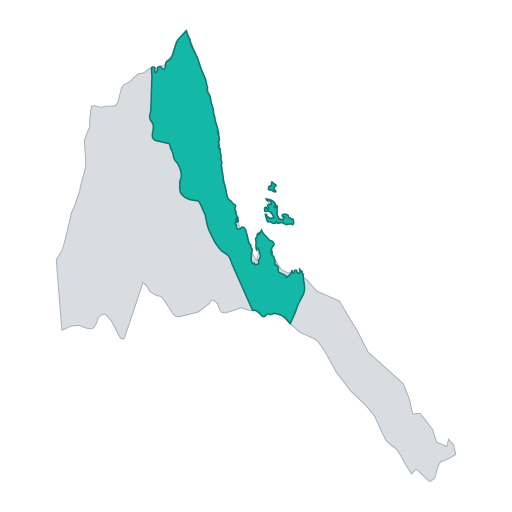 Semenawi Keyih Bahri on a map of Eritrea (Equal Earth projection)
{"feature_id": "ERI-1562", "entity_name": "Semenawi Keyih Bahri", "entity_type": "Region", "adm_level": 1, "iso_a3": "ERI", "parent_name": "Eritrea", "parent_adm1": "", "projection": "equal_earth", "projection_center": [39.644, 16.17], "detail": "fine", "context": "in_parent", "style": "filled", "palette": "teal", "viewbox_px": 512, "rotation_deg": 0, "n_neighbors": 0, "source": "natural_earth", "source_scale": "10m", "svg_char_len": 8395}
<svg xmlns="http://www.w3.org/2000/svg" viewBox="0 0 512 512"><path d="M61.8,330.1L60.0,307.0L58.8,291.6L57.5,275.3L56.3,259.9L62.0,250.5L64.7,241.5L71.6,212.4L74.3,206.6L79.7,191.0L80.4,186.5L85.7,166.8L85.3,153.8L84.3,140.6L87.2,132.8L89.8,126.6L89.6,121.3L90.9,109.1L91.7,106.0L94.8,105.8L101.2,107.4L105.9,106.2L111.3,106.1L115.5,105.8L118.0,102.0L121.5,87.7L123.7,84.9L125.4,84.0L130.2,81.4L134.3,77.2L137.6,74.2L138.9,73.6L142.4,73.2L146.0,71.5L147.6,69.5L152.0,67.9L156.4,68.8L159.3,67.0L161.3,65.9L163.5,65.8L165.6,64.1L166.4,61.6L167.7,60.0L171.1,56.3L172.7,53.6L173.4,50.9L174.1,48.7L175.6,45.1L181.6,36.0L186.7,30.7L204.5,76.7L211.8,103.9L218.1,132.3L222.8,175.0L227.4,196.8L234.7,207.5L239.7,227.9L244.0,228.7L247.1,234.3L252.5,253.4L256.3,260.5L258.3,254.4L258.1,250.8L256.6,245.0L258.0,237.4L261.0,232.8L267.8,239.0L271.5,243.7L272.5,253.1L274.1,258.3L281.2,269.4L287.3,272.6L295.1,273.4L301.6,275.8L306.9,279.9L316.7,291.1L339.2,300.9L357.4,331.1L368.1,352.1L403.3,383.8L409.4,399.1L412.6,414.0L420.0,413.3L432.7,429.6L436.5,442.0L446.9,446.5L448.6,439.2L453.6,445.2L455.7,454.5L449.1,458.3L441.8,461.6L440.7,461.4L438.3,465.7L434.9,477.6L431.1,481.0L429.1,481.3L417.6,470.2L415.9,469.6L413.4,471.8L411.6,474.0L406.3,465.7L402.3,458.3L396.9,449.5L391.6,445.5L386.0,440.5L380.4,429.0L374.7,416.3L366.3,405.9L350.6,390.9L336.2,371.9L325.2,352.0L318.1,341.7L315.0,339.1L300.4,332.6L290.2,323.6L282.3,316.1L277.5,314.1L272.8,313.8L262.9,315.3L254.6,310.6L251.1,310.6L245.5,309.3L241.2,307.6L236.1,309.6L225.6,312.9L221.3,312.2L218.9,307.6L217.6,304.0L213.9,300.3L210.9,300.3L209.2,303.6L198.3,312.0L179.9,316.6L175.6,316.3L172.3,312.9L163.1,298.6L160.4,296.2L158.4,296.0L154.1,294.3L150.1,291.6L146.5,285.7L143.0,282.3L139.2,293.8L132.5,314.0L128.8,324.8L124.2,338.7L122.7,339.1L120.4,338.1L111.3,320.8L105.5,314.3L101.2,314.9L98.1,318.1L96.1,323.9L93.9,327.5L91.6,328.9L86.6,328.2L78.9,325.4L71.0,326.0L62.8,330.0L61.8,330.1ZM277.5,214.8L279.9,219.0L281.6,218.6L283.0,217.2L283.9,214.2L293.3,220.1L292.8,224.1L287.2,224.3L280.7,222.6L274.7,223.2L267.6,221.5L265.9,214.8L270.5,218.0L272.8,217.2L273.2,216.3L270.0,211.8L265.5,210.9L265.8,207.3L267.8,205.9L269.1,204.2L266.5,199.3L271.6,200.4L274.8,203.4L276.9,206.8L277.5,214.8ZM273.6,183.9L275.6,191.6L269.8,188.7L268.8,187.1L271.4,184.0L271.9,182.1L273.6,183.9Z" fill="#d9dde1" stroke="#a8b0b8" stroke-width="1"/><path d="M163.0,69.1L164.4,68.8L165.4,67.6L165.5,66.0L165.5,64.3L165.8,62.7L166.8,61.5L169.7,59.7L170.9,58.5L172.6,55.1L176.2,42.9L177.8,39.8L186.2,30.7L186.4,31.6L186.9,32.4L187.3,34.9L189.9,39.5L190.0,40.3L190.1,41.9L190.3,42.7L191.3,44.7L191.5,45.1L191.8,46.5L197.3,57.4L201.4,69.8L205.5,79.1L207.0,85.8L207.6,87.4L206.9,90.5L208.0,92.9L209.6,95.1L210.5,97.5L210.8,100.6L211.3,103.3L213.0,108.0L213.3,109.5L213.5,112.7L213.8,114.4L214.7,116.7L215.0,119.9L215.3,121.2L217.3,127.0L218.6,133.3L217.7,132.7L218.9,136.3L219.2,138.0L219.4,140.3L218.3,141.8L219.2,145.5L218.9,147.5L218.5,147.0L218.6,148.2L219.2,148.6L219.8,148.6L220.2,148.8L220.1,151.6L220.2,152.4L220.9,154.4L221.0,155.4L220.9,158.5L221.0,159.5L221.2,160.3L221.7,161.6L221.8,162.5L221.7,163.5L221.4,165.5L221.4,166.6L223.2,177.1L223.4,180.6L223.6,181.8L225.0,185.8L227.1,196.2L228.2,199.0L231.8,201.8L232.3,203.0L232.8,203.6L235.0,204.8L235.6,205.5L235.6,206.5L235.3,207.4L234.9,208.2L234.8,209.1L234.9,210.0L235.8,211.2L236.0,211.8L236.1,213.9L236.4,215.2L238.0,217.6L237.0,217.7L236.3,218.5L236.0,219.6L236.4,220.9L236.6,220.2L237.2,219.4L237.8,219.0L238.4,219.8L238.3,221.3L237.1,222.0L235.8,222.2L235.2,222.2L235.3,223.0L236.4,225.2L236.7,227.9L236.8,228.5L237.6,228.9L239.0,229.1L240.3,228.9L240.9,228.2L241.3,227.3L242.4,227.1L243.6,227.4L244.5,227.9L245.9,230.5L249.0,243.6L249.3,243.9L250.4,244.4L250.7,244.7L250.8,246.1L251.2,247.4L251.7,248.6L252.3,249.4L251.4,253.7L251.1,260.6L251.2,260.9L251.8,261.4L251.9,261.7L252.1,263.0L252.7,263.6L253.5,263.6L254.3,263.1L254.9,264.6L255.6,264.8L256.5,264.4L257.8,264.2L258.3,263.8L258.6,262.8L258.7,261.8L258.6,261.2L258.3,260.4L258.6,259.9L259.3,259.2L260.4,256.6L260.5,255.0L259.4,252.3L258.7,249.1L258.2,248.0L257.4,248.0L257.0,249.2L256.6,249.9L256.0,248.2L255.9,246.7L256.0,242.5L256.0,241.6L255.7,240.1L255.6,239.2L255.7,238.2L256.0,237.9L256.4,237.8L256.8,237.3L257.2,234.5L257.6,233.7L258.4,234.5L258.8,234.5L258.9,233.9L259.3,232.4L259.6,232.4L259.6,233.4L260.3,232.7L261.1,231.0L261.6,230.1L262.5,232.2L263.7,233.9L269.4,240.0L270.2,240.6L271.6,241.0L272.1,241.2L272.7,241.7L273.4,242.4L273.8,243.2L274.0,244.0L273.9,244.9L273.5,245.9L272.4,247.0L271.9,247.7L271.6,248.5L270.7,251.5L271.3,251.4L271.8,251.6L272.2,252.1L272.3,252.9L272.1,253.2L271.5,253.5L271.4,253.7L271.5,254.1L271.8,254.4L272.2,255.3L273.6,256.6L273.9,257.3L274.1,258.3L274.9,260.4L275.1,261.4L275.1,262.3L274.9,263.4L274.9,264.4L275.1,265.3L275.9,265.0L276.7,265.2L277.4,265.8L277.6,266.6L277.7,267.3L278.3,267.5L278.4,268.0L278.4,268.7L278.1,269.9L278.0,270.5L278.6,271.9L280.0,272.8L284.4,274.9L285.3,275.5L285.8,275.9L286.2,277.4L287.1,277.1L288.4,275.7L289.8,275.0L290.7,273.4L291.5,271.6L292.3,270.2L292.2,271.5L292.4,272.6L293.0,273.2L294.0,273.0L294.3,272.3L294.1,271.3L294.3,270.6L295.3,270.2L296.2,270.1L296.8,270.7L296.6,271.6L296.7,272.1L297.8,272.6L298.2,273.5L298.8,273.5L299.2,273.3L299.6,272.8L300.1,271.9L299.8,271.2L299.6,270.6L299.6,269.1L300.0,269.5L300.2,270.4L300.5,270.7L302.1,271.3L302.2,272.0L302.2,273.4L302.5,274.1L303.0,274.5L303.2,274.4L303.1,274.9L303.2,277.4L304.4,285.1L304.6,288.4L304.3,291.4L303.4,294.4L298.1,304.3L295.1,312.9L290.2,323.8L285.6,318.2L283.3,316.4L280.7,315.0L275.3,313.3L274.3,313.3L271.3,314.5L270.5,314.5L267.9,313.9L266.8,314.2L265.0,316.3L263.8,316.7L262.7,316.5L261.8,315.9L258.6,312.3L257.0,311.0L255.2,310.2L253.3,310.3L252.6,310.4L232.1,264.2L230.8,260.4L229.0,256.4L226.5,254.3L221.3,250.7L218.5,247.4L215.0,242.4L209.6,231.6L208.1,227.9L207.1,224.4L205.1,214.6L199.9,203.2L199.0,201.7L198.2,201.0L190.2,199.7L187.4,198.6L184.6,197.1L181.7,194.5L180.4,192.3L179.8,189.7L179.7,183.2L179.9,181.2L180.3,179.8L180.8,178.5L181.1,177.4L181.3,175.8L181.2,174.0L180.9,171.6L180.1,168.9L178.4,164.9L176.9,162.6L175.5,161.0L174.2,159.1L173.6,157.0L172.7,152.7L172.0,151.0L170.8,148.8L170.3,147.2L169.9,145.5L169.6,144.4L168.9,143.6L155.4,140.5L154.0,139.6L152.6,137.7L152.3,135.9L152.4,133.5L153.3,128.3L153.3,125.8L153.0,124.1L152.2,122.7L151.3,121.4L150.0,119.2L149.6,117.6L149.7,115.7L150.1,114.0L150.8,110.1L151.9,77.4L151.5,68.6L151.4,67.7L152.9,67.0L154.2,67.1L154.8,67.8L154.8,69.2L154.7,70.8L155.1,72.5L156.0,72.5L156.9,71.4L157.6,69.8L157.6,69.0L157.4,68.0L157.6,67.3L158.0,67.2L160.1,66.3L161.0,67.1L161.9,68.3L163.0,69.1ZM292.0,219.2L292.9,219.2L293.2,219.4L293.7,222.6L293.3,224.1L292.5,224.7L291.2,223.9L290.3,223.6L287.4,224.5L286.2,224.6L284.9,224.1L282.8,222.7L281.4,222.5L278.5,223.3L277.6,223.1L277.3,222.8L276.8,221.8L276.4,221.3L275.8,222.7L275.1,223.3L274.1,223.4L272.7,223.1L270.3,221.9L269.1,221.6L267.8,221.9L266.9,220.4L265.3,214.3L266.0,214.3L266.4,214.5L266.5,214.8L266.1,215.4L266.6,215.7L267.0,216.2L267.2,216.8L267.4,217.6L267.8,217.6L268.4,217.3L269.1,217.7L270.0,218.3L270.6,218.7L271.4,218.6L273.9,217.6L272.8,215.0L271.3,212.9L269.6,211.5L267.6,211.0L265.6,211.6L264.9,211.3L264.5,209.9L264.6,208.3L265.1,207.4L265.9,207.3L267.7,208.8L268.5,208.9L268.7,208.2L268.0,206.8L267.6,205.2L268.7,204.5L270.3,204.3L271.0,204.4L271.3,203.4L270.9,202.1L270.2,201.0L269.6,200.6L267.5,200.7L266.9,200.3L266.1,199.0L268.3,199.2L270.6,199.9L272.8,201.0L274.5,202.5L275.3,204.2L275.0,205.3L274.4,206.2L274.3,207.1L274.7,207.7L275.3,207.7L276.3,207.1L276.0,206.3L275.9,205.7L276.5,205.5L277.2,206.0L277.3,207.1L277.0,213.6L277.1,214.8L277.5,215.9L278.6,218.3L278.8,218.9L279.4,219.0L282.9,220.3L283.8,218.1L284.1,217.6L284.6,217.4L282.6,216.5L282.1,215.6L282.5,214.7L283.6,214.3L284.9,214.2L286.1,214.3L286.8,214.5L287.3,214.7L287.8,215.0L288.2,215.4L288.4,216.0L288.5,216.7L288.7,217.3L289.2,217.6L290.0,217.8L291.3,218.9L292.0,219.2ZM274.7,186.7L273.8,187.8L273.6,189.0L274.0,189.4L274.5,189.8L274.9,190.3L275.6,190.9L275.8,191.6L274.8,192.0L273.0,191.2L271.6,190.2L269.0,189.9L268.4,189.1L268.5,187.7L268.9,186.5L270.0,186.0L271.3,185.9L271.8,185.4L271.6,184.7L271.5,184.0L271.5,183.1L271.6,182.2L272.0,181.9L273.5,183.4L274.0,183.8L274.6,184.0L275.6,184.6L276.1,185.5L275.7,186.3L274.7,186.7Z" fill="#14b8a6" stroke="#0f766e" stroke-width="1.5"/></svg>